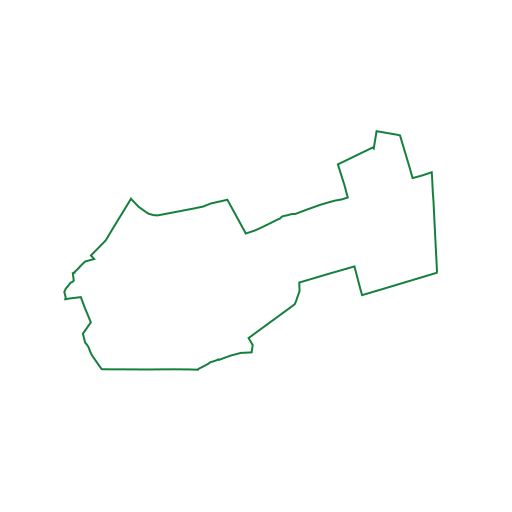 the district of Simand, Arad, Romania, rotated 234°
{"feature_id": "2599482B98372342042544", "entity_name": "Simand", "entity_type": "district", "adm_level": 2, "iso_a3": "ROU", "parent_name": "Romania", "parent_adm1": "Arad", "projection": "orthographic", "projection_center": [21.427, 46.377], "detail": "fine", "context": "isolated", "style": "outline", "palette": "green", "viewbox_px": 512, "rotation_deg": 234, "n_neighbors": 0, "source": "geoboundaries", "source_scale": "gbopen_adm2", "svg_char_len": 1931}
<svg xmlns="http://www.w3.org/2000/svg" viewBox="0 0 512 512"><g transform="rotate(234 256 256)"><path d="M268.9,443.4L271.0,441.6L281.8,431.1L286.1,426.9L273.7,414.4L275.2,414.1L277.4,401.9L282.0,376.1L261.6,369.3L249.4,364.6L251.3,358.8L254.6,352.0L256.9,345.8L259.7,337.9L263.9,323.5L266.9,312.5L269.1,309.2L270.4,305.6L272.3,301.4L272.6,299.9L272.2,297.3L272.8,294.9L275.7,277.9L277.2,270.4L280.2,260.9L282.7,261.3L318.3,265.9L325.0,250.4L326.2,245.8L327.1,242.2L331.6,232.3L342.7,208.7L346.6,200.4L349.3,197.1L352.0,195.0L353.2,194.0L353.5,193.9L356.2,192.8L362.1,190.9L364.1,190.1L364.5,190.0L364.8,190.0L365.2,189.9L366.1,189.8L368.0,189.5L369.5,189.3L374.7,188.6L375.5,188.5L375.8,188.5L374.8,186.2L374.0,184.3L362.2,155.9L360.2,151.2L357.0,143.7L355.6,135.8L353.5,122.8L348.7,123.3L352.0,114.4L351.8,113.0L350.8,106.5L350.5,106.3L349.7,99.7L349.1,99.4L349.6,98.1L349.8,97.7L343.2,94.1L343.0,93.3L343.0,92.8L343.0,92.0L343.2,91.1L343.4,90.3L342.5,87.4L342.0,85.8L342.1,85.3L341.8,84.8L341.3,82.7L339.6,79.8L334.6,77.8L333.1,76.3L331.1,80.4L325.7,90.1L314.4,87.0L299.4,83.4L294.9,70.3L290.7,68.6L289.4,68.1L286.5,66.9L283.4,67.1L281.0,67.0L275.6,65.5L271.8,64.9L255.4,64.6L254.8,64.9L245.2,78.1L238.1,87.7L232.9,94.8L226.6,103.4L220.5,112.0L212.3,123.4L203.4,135.4L201.6,137.7L199.6,140.3L198.2,142.1L198.3,142.2L198.5,142.7L198.3,144.4L198.0,146.1L196.8,154.3L197.0,156.0L195.9,159.4L195.0,162.2L194.5,164.7L193.8,164.8L191.5,172.8L190.3,177.0L186.5,186.8L180.6,195.8L185.9,201.0L194.0,201.8L194.1,235.0L194.2,258.8L195.3,260.9L202.0,270.6L209.1,275.4L199.7,302.0L198.6,305.1L189.7,329.5L180.2,325.8L167.4,320.8L165.4,320.1L162.0,318.8L154.6,339.7L139.4,383.2L136.2,392.3L136.8,393.1L139.2,394.7L143.3,397.4L176.5,419.0L195.7,431.6L202.7,435.9L210.8,441.2L217.1,445.3L220.5,447.4L220.8,446.3L223.6,437.4L227.0,428.5L238.5,432.7L250.5,436.9L265.3,442.1L268.9,443.4Z" fill="none" stroke="#15803d" stroke-width="2"/></g></svg>